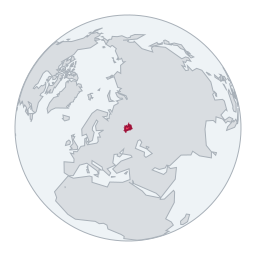 the Earth from above Tatarstan, rotated 324°
{"feature_id": "RUS-2394", "entity_name": "Tatarstan", "entity_type": "Republic", "adm_level": 1, "iso_a3": "RUS", "parent_name": "Russia", "parent_adm1": "", "projection": "orthographic", "projection_center": [50.981, 55.323], "detail": "fine", "context": "on_globe", "style": "filled", "palette": "rose", "viewbox_px": 256, "rotation_deg": 324, "n_neighbors": 0, "source": "natural_earth", "source_scale": "10m", "svg_char_len": 12652}
<svg xmlns="http://www.w3.org/2000/svg" viewBox="0 0 256 256"><g transform="rotate(324 128 128)"><circle cx="128" cy="128" r="113" fill="#eef3f6" stroke="#a8b0b8"/><path d="M113.5,16.3L114.5,16.2L121.1,16.1L122.3,18.7L119.4,18.4L120.0,19.2L123.8,19.7L126.0,19.8L133.2,24.9L145.0,29.2L150.3,29.2L147.9,30.4L158.9,29.7L166.3,32.1L157.0,30.3L155.3,30.9L159.9,32.8L159.1,33.9L160.9,35.5L159.5,36.6L154.2,35.7L153.3,36.5L156.5,37.8L157.3,40.0L152.6,37.8L153.4,41.4L144.7,41.0L133.3,35.1L127.4,36.7L113.1,35.4L113.4,36.8L108.2,37.5L106.6,39.4L104.4,38.9L105.0,41.0L107.4,41.2L108.4,42.2L107.7,43.4L104.8,42.8L104.7,42.1L103.5,42.6L102.3,41.8L102.5,42.9L99.0,42.1L101.3,44.7L97.6,45.7L95.6,44.7L97.3,42.4L96.8,35.0L95.2,33.6L91.4,33.9L81.1,39.1L78.8,38.8L74.7,40.1L75.2,41.2L78.7,40.7L78.7,43.4L83.0,42.7L83.6,43.7L87.4,44.1L85.2,46.7L81.1,49.1L77.8,49.0L75.9,50.1L77.7,52.5L70.4,54.8L63.5,60.7L61.8,61.1L60.8,57.5L64.0,51.5L62.7,47.6L61.9,52.9L57.7,54.2L56.3,55.6L55.6,57.3L56.5,58.0L54.7,59.1L54.8,54.1L56.5,52.9L56.4,54.5L57.9,51.8L58.0,48.7L55.8,49.8L58.1,44.7L56.6,45.5L56.3,44.9L58.5,44.0L54.5,45.7L56.9,41.4L51.5,45.3L58.6,39.6L62.2,36.8L66.2,33.9L65.3,34.5L71.6,30.5L71.9,30.3L79.7,26.2L87.8,22.8L96.2,19.9L104.8,17.8L113.5,16.3ZM49.5,47.4L50.9,46.0L49.7,47.2L49.5,47.4ZM127.2,19.8L123.9,19.6L120.8,18.9L123.6,18.9L127.2,19.8ZM132.9,21.8L131.1,21.8L130.6,20.6L131.8,20.9L132.9,21.8ZM154.2,29.1L151.7,28.2L154.4,28.7L154.2,29.1ZM161.3,35.5L162.3,35.5L162.8,36.3L161.3,35.5ZM88.3,42.7L87.8,43.4L87.4,42.9L88.3,42.7ZM90.4,42.2L90.2,41.3L91.1,40.9L91.3,41.5L90.4,42.2ZM161.2,38.9L161.8,40.4L160.3,38.7L161.2,38.9ZM90.4,43.6L92.9,40.4L94.6,39.9L96.4,41.8L90.4,43.6ZM161.5,41.2L162.8,45.1L165.0,45.3L159.4,47.3L160.1,43.2L158.0,41.0L160.2,41.8L161.5,41.2ZM108.4,40.7L105.9,40.5L108.7,39.6L108.4,40.7ZM109.9,39.8L116.8,35.7L120.2,36.7L117.2,37.8L122.0,38.3L120.3,40.8L117.2,41.1L115.4,39.9L116.1,41.8L109.9,39.8ZM156.1,47.8L155.6,48.7L155.1,47.6L156.1,47.8ZM109.1,42.5L110.2,41.6L113.1,42.3L111.5,44.4L111.0,43.5L109.1,42.5ZM124.2,37.3L126.1,38.3L125.2,40.6L125.8,41.3L120.5,40.9L124.2,37.3ZM110.0,43.9L110.6,45.5L108.5,46.3L108.2,43.6L110.0,43.9ZM114.6,41.6L115.9,42.1L114.7,42.5L114.6,41.6ZM101.5,50.2L102.8,48.9L104.4,49.1L101.5,50.2ZM110.9,46.0L111.6,45.7L112.4,45.7L112.3,46.9L110.9,46.0ZM120.2,42.6L119.5,43.4L122.4,42.9L121.8,44.6L118.4,44.1L119.6,45.1L119.4,45.7L116.8,44.6L120.2,42.6ZM114.6,48.1L110.1,48.2L107.4,50.6L105.8,50.4L110.4,46.7L114.6,48.1ZM116.1,46.1L114.9,47.3L113.6,46.4L113.7,45.1L116.1,46.1ZM122.7,46.1L124.4,43.5L125.1,43.7L122.7,46.1ZM114.1,48.9L115.2,48.9L114.1,49.2L114.1,48.9ZM120.3,47.1L120.8,46.1L121.6,46.4L120.3,47.1ZM117.0,49.7L115.5,49.7L115.5,48.8L117.0,49.7ZM118.7,48.7L119.7,49.3L116.4,48.4L118.8,48.2L118.7,48.7ZM121.0,47.5L121.6,47.4L120.6,47.9L121.0,47.5ZM117.8,53.4L113.7,52.5L113.8,50.4L117.7,51.5L117.8,53.4ZM73.4,226.5L69.4,224.1L59.6,215.0L61.2,213.4L59.8,210.0L52.4,197.9L53.9,194.2L52.2,190.7L48.5,188.5L46.6,184.2L44.4,182.3L31.8,170.8L28.6,162.5L26.6,144.4L29.4,142.3L31.1,136.4L51.4,131.6L54.3,136.5L68.7,144.3L70.2,146.4L67.0,150.8L76.6,163.6L81.5,161.0L91.7,168.8L99.4,170.9L104.9,161.6L92.2,158.0L91.5,152.2L102.9,150.7L114.2,153.9L114.3,151.8L108.4,145.7L112.3,142.4L106.5,143.2L107.9,145.8L104.3,146.5L102.8,144.2L104.3,143.1L101.2,141.2L95.2,147.3L95.9,150.6L87.2,148.8L87.6,154.2L84.8,155.5L83.0,146.8L84.1,144.3L79.8,133.2L77.8,135.6L81.8,146.4L79.9,144.8L77.2,148.4L77.8,144.4L74.0,132.3L67.0,129.6L55.7,134.3L52.1,131.9L50.1,126.7L56.4,117.7L63.9,124.1L66.2,121.3L66.7,114.4L68.9,117.1L70.0,115.1L73.0,117.3L79.1,115.2L82.5,116.8L86.7,111.3L89.0,111.5L85.8,114.6L85.4,117.8L93.9,121.9L96.1,121.3L98.2,117.5L100.3,119.2L101.2,115.0L107.0,115.4L100.7,111.5L103.0,107.2L107.5,105.0L107.2,103.0L99.8,106.5L97.9,108.7L98.1,111.6L91.9,117.1L88.5,116.7L90.7,108.5L86.3,107.3L89.9,101.7L107.5,95.0L113.9,94.9L120.6,103.8L118.0,106.2L114.3,104.2L116.0,110.1L116.7,107.7L118.4,109.2L121.1,105.8L122.4,106.7L122.6,101.9L124.6,102.7L124.4,105.7L129.9,101.6L134.5,102.3L135.1,101.0L134.5,99.3L140.7,101.5L140.8,100.4L138.9,99.2L137.9,96.4L138.7,92.3L140.8,93.2L140.8,94.9L144.0,99.9L143.7,104.2L144.6,104.2L145.4,100.7L141.5,94.5L141.4,91.8L143.6,94.4L142.8,93.2L143.4,92.2L145.9,92.1L143.6,89.2L147.3,77.2L152.6,76.1L154.2,79.6L158.9,72.9L164.5,72.6L162.7,71.5L163.8,67.8L162.0,67.8L161.2,67.0L163.1,58.1L165.2,56.9L163.9,52.2L163.0,51.7L161.4,52.2L159.4,47.3L165.0,45.3L166.9,46.5L169.1,44.6L173.0,47.8L177.3,49.8L180.2,54.7L183.3,56.0L183.9,55.1L188.5,56.4L196.2,62.3L187.6,61.3L175.6,54.1L180.3,57.3L178.6,57.8L179.8,59.7L183.2,62.0L184.0,61.4L185.9,72.0L192.7,81.1L193.9,77.0L197.0,76.9L205.7,84.7L212.2,103.6L216.4,104.4L218.2,106.8L218.0,110.9L215.4,107.6L213.1,108.9L211.6,106.5L210.4,112.3L208.3,109.2L208.4,115.5L210.9,116.7L212.7,112.5L213.7,119.6L218.6,120.1L221.7,124.7L222.1,139.4L218.6,148.0L219.0,149.9L216.3,150.5L214.7,156.5L221.3,160.4L221.8,162.8L218.3,172.0L217.9,170.5L210.8,172.1L210.9,178.6L216.3,178.6L218.2,182.0L214.7,183.9L212.6,181.0L210.1,181.5L209.8,176.3L205.8,170.7L202.1,175.2L201.4,172.0L195.4,168.2L189.6,174.2L181.1,188.1L181.5,196.3L177.9,201.2L169.5,192.6L166.7,184.8L163.1,186.8L155.0,181.1L139.3,183.1L137.6,180.8L134.6,182.2L128.9,179.9L126.5,175.9L122.9,176.1L129.5,186.5L133.4,186.2L137.5,182.1L138.5,185.7L144.0,188.4L136.1,197.2L113.7,203.6L112.4,197.3L100.0,176.3L100.9,174.2L100.9,173.9L100.8,173.4L98.7,176.7L96.9,172.3L102.5,187.3L103.1,192.9L113.3,203.9L112.1,204.7L115.7,206.9L128.2,205.2L128.1,207.2L121.6,215.5L105.1,223.6L107.8,229.4L107.6,233.2L98.4,233.4L100.5,235.7L96.0,235.0L96.5,235.7L93.6,235.2L91.0,234.4L82.0,230.8L73.4,226.5ZM42.8,138.1L41.9,139.7L42.8,138.1ZM125.2,162.3L132.6,162.9L130.9,156.1L133.6,155.8L132.0,153.6L130.7,155.6L127.1,149.6L130.8,147.6L130.8,144.5L128.3,144.2L122.0,148.8L127.1,157.3L124.7,160.0L125.2,162.3ZM33.6,66.6L33.8,66.3L32.3,68.6L33.4,66.9L33.6,66.6ZM48.8,47.9L47.7,49.0L48.8,47.9ZM48.6,48.3L48.9,48.0L49.8,47.2L48.6,48.3ZM57.7,54.5L57.6,54.9L56.5,56.6L56.4,55.9L57.7,54.5ZM55.9,64.3L53.0,66.0L54.9,64.2L54.1,63.4L57.2,58.8L61.1,61.1L58.8,60.8L55.9,64.3ZM62.4,53.6L60.0,56.1L62.5,53.3L62.4,53.6ZM73.1,103.0L73.4,105.3L71.3,107.0L67.1,105.4L70.1,103.0L73.1,103.0ZM74.5,108.2L77.8,100.8L80.6,101.6L78.5,102.4L79.9,103.7L76.9,105.3L76.3,113.6L74.4,115.6L67.6,111.3L70.9,111.5L70.3,109.2L74.5,108.2ZM81.5,82.1L83.0,79.3L87.1,84.6L85.2,86.6L80.9,85.0L80.5,81.8L81.5,82.1ZM93.1,47.8L93.4,46.8L94.3,46.9L94.7,47.9L93.1,47.8ZM102.0,49.6L92.6,52.7L92.5,51.6L87.2,54.9L84.8,53.4L88.3,51.3L82.5,52.7L84.7,50.2L80.8,51.6L88.9,46.9L90.7,44.8L89.6,47.7L91.8,49.1L93.2,49.1L98.7,47.5L103.6,43.9L106.5,44.9L107.2,46.6L106.5,47.6L104.8,46.6L105.1,48.7L102.1,48.0L102.0,49.6ZM114.5,68.1L112.8,66.1L112.8,71.0L109.8,70.0L110.0,70.6L107.3,71.1L104.2,72.9L103.1,72.0L102.4,73.1L100.6,73.5L99.3,74.7L96.8,73.7L95.0,75.1L94.9,73.8L92.4,76.6L93.1,74.1L90.8,74.6L91.3,76.8L81.2,69.2L76.4,68.2L72.0,68.9L73.9,64.8L79.2,61.6L85.8,59.7L90.2,61.3L90.2,59.2L92.3,59.4L91.4,61.0L94.1,58.7L95.5,59.3L101.5,58.2L104.4,54.8L106.6,54.4L106.2,56.0L108.7,54.5L109.5,57.3L111.1,57.2L113.5,59.9L111.7,63.3L113.7,62.8L115.6,65.0L114.5,68.1ZM118.3,54.2L117.0,58.3L114.7,59.8L111.5,54.5L110.0,54.3L107.9,51.1L111.2,49.0L111.5,50.1L112.6,50.6L111.1,51.1L113.1,51.1L113.6,52.7L115.2,53.2L114.3,54.4L118.3,54.2ZM72.9,145.5L74.3,146.6L76.7,147.6L75.0,150.0L72.9,145.5ZM70.2,137.3L71.6,137.8L70.4,141.5L68.9,140.4L70.2,137.3ZM73.3,134.9L71.7,137.5L71.7,135.5L73.3,134.9ZM87.2,114.9L88.8,115.2L88.6,116.2L87.2,117.2L87.2,114.9ZM113.7,83.2L113.1,81.6L113.8,81.2L114.9,77.6L117.1,78.1L117.4,80.6L113.7,83.2ZM102.2,162.8L99.3,164.2L98.4,162.9L99.6,162.7L102.2,162.8ZM86.1,157.5L89.3,160.1L85.6,158.1L86.1,157.5ZM116.3,83.1L116.5,81.6L117.5,82.8L116.3,83.1ZM118.8,78.4L120.2,79.5L117.5,77.8L118.8,78.4ZM127.0,234.2L121.1,238.8L115.7,238.4L114.0,237.1L115.7,234.3L121.8,233.6L124.6,231.9L127.0,234.2ZM231.0,172.9L232.1,170.6L232.0,171.0L231.0,172.9ZM229.9,174.5L231.3,171.8L229.4,175.6L229.9,174.5ZM231.9,170.7L233.4,167.2L234.0,165.5L233.8,166.3L231.9,170.7ZM228.8,176.5L221.9,186.2L218.9,189.2L219.9,187.3L224.7,181.5L228.8,176.5ZM219.6,187.6L214.7,190.1L206.3,187.9L209.4,185.6L217.8,183.8L217.3,185.2L220.3,184.3L219.6,187.6ZM230.5,167.9L230.0,171.3L226.4,176.6L224.7,178.6L223.5,176.7L224.2,173.9L225.7,172.0L230.3,157.5L232.1,156.2L231.0,161.5L232.4,161.7L230.5,167.9ZM182.1,196.8L185.1,199.9L182.9,201.6L182.1,196.8ZM231.2,149.3L230.0,155.7L230.8,148.6L231.2,149.3ZM231.1,143.6L231.6,145.0L230.5,144.9L231.1,143.6ZM219.8,152.2L218.3,154.6L217.8,153.5L219.4,149.8L219.8,152.2ZM224.0,128.6L225.7,132.1L226.0,133.7L224.5,132.6L224.0,128.6ZM135.9,86.8L132.0,91.1L130.6,94.9L132.2,97.9L128.3,95.6L130.4,89.8L135.9,86.8ZM145.6,78.2L144.2,75.8L145.9,75.7L146.5,76.3L145.6,78.2ZM144.0,77.5L140.2,76.7L140.1,74.6L143.1,75.7L144.0,77.5ZM128.2,79.7L126.8,80.9L126.0,79.8L128.2,79.7ZM233.7,166.8L235.6,161.2L236.3,159.0L233.7,166.8ZM239.6,143.5L239.3,145.5L239.1,145.6L239.6,142.2L238.8,145.9L239.8,140.2L239.9,140.7L240.4,135.6L240.4,134.6L239.6,143.5ZM237.1,153.8L237.0,154.8L236.6,155.5L237.1,153.8ZM237.7,151.7L238.6,148.6L237.5,152.7L237.7,151.7ZM233.3,160.6L233.8,161.3L235.3,156.8L234.1,161.0L234.9,161.5L234.4,163.3L233.7,162.6L233.0,166.5L232.3,168.0L232.2,166.1L233.0,161.3L233.8,158.4L236.4,151.5L233.3,160.6ZM237.8,149.7L237.5,148.6L237.7,146.5L238.0,146.5L237.8,149.7ZM236.0,146.5L234.5,146.7L233.6,150.0L234.9,141.6L236.2,142.9L236.0,146.5ZM234.0,143.2L233.2,146.3L233.7,141.9L234.0,143.2ZM232.8,146.0L232.2,144.5L233.0,143.0L232.8,146.0ZM234.5,142.1L233.8,138.6L234.7,139.6L234.5,142.1ZM230.5,141.1L233.2,140.4L230.5,143.9L228.2,138.1L229.2,135.9L230.5,141.1ZM221.9,104.2L220.4,102.9L220.6,100.5L221.6,102.1L221.9,104.2ZM220.1,92.1L220.2,99.5L220.1,105.6L221.2,105.1L223.0,109.2L220.2,108.4L218.8,101.8L219.3,97.7L217.3,94.6L216.5,90.3L213.6,87.7L212.5,85.2L215.3,86.4L220.1,92.1ZM212.3,86.7L206.9,81.1L208.3,78.2L209.8,78.7L211.7,82.5L210.8,83.8L212.3,86.7ZM206.0,79.0L205.1,80.3L195.3,75.9L193.6,74.3L201.8,75.8L201.4,77.1L203.5,78.8L206.0,79.0ZM156.9,49.0L155.7,48.7L156.7,48.3L156.9,49.0ZM160.2,67.1L159.3,66.0L160.5,65.4L160.2,67.1ZM157.4,62.5L156.7,63.9L156.6,62.0L157.4,62.5ZM155.3,67.2L156.0,64.3L156.6,67.7L155.3,67.2Z" fill="#d9dde1" stroke="#a8b0b8" stroke-width="1"/><path d="M130.9,126.8L131.0,126.9L131.3,126.9L131.3,127.0L131.5,127.2L131.6,127.3L131.4,127.5L131.3,127.8L131.2,127.8L131.0,128.0L130.9,128.1L130.7,128.2L130.6,128.3L130.4,128.3L130.5,128.4L130.6,128.5L130.8,128.8L131.0,128.8L130.9,128.9L131.0,129.0L130.9,129.1L131.0,129.1L130.9,129.4L130.8,129.5L130.7,129.7L130.7,129.8L130.8,130.0L130.9,130.5L130.7,130.6L130.7,130.4L130.4,130.4L130.3,130.2L130.4,129.9L130.3,130.0L130.2,130.0L130.0,129.9L129.9,129.9L129.7,129.8L129.7,129.7L129.6,129.8L129.6,129.7L129.4,129.7L129.4,129.8L129.2,129.9L129.2,129.7L129.1,129.8L129.1,129.7L128.8,129.5L128.6,129.3L128.3,129.3L128.2,129.3L128.1,129.5L128.0,129.8L127.9,129.9L127.7,129.8L127.5,130.0L127.4,129.9L127.5,129.9L127.4,129.8L127.4,129.7L127.2,129.7L126.9,129.6L126.7,129.5L126.4,129.5L126.4,129.4L126.3,129.2L126.2,129.0L126.2,128.9L125.9,128.9L125.9,129.0L125.6,129.3L125.3,129.3L125.2,129.3L125.0,129.2L124.9,129.2L125.0,129.1L124.8,129.1L124.7,129.0L124.4,129.3L124.4,129.2L124.2,129.3L123.9,129.5L123.9,129.3L123.8,129.2L123.9,128.9L124.0,128.8L124.0,128.7L124.0,128.8L124.3,128.8L124.4,128.7L124.4,128.9L124.5,128.9L124.4,128.8L124.4,128.7L124.6,128.7L124.6,128.4L124.7,128.2L124.6,127.9L124.5,128.0L124.4,128.0L124.3,127.9L124.5,127.9L124.6,127.7L124.8,127.5L124.8,127.4L124.7,127.4L124.8,127.3L124.8,127.2L124.8,127.3L124.9,127.2L125.1,127.1L125.2,126.9L125.3,126.8L125.3,126.7L125.4,126.8L125.5,126.7L125.7,126.4L125.8,126.3L125.8,126.2L125.9,125.9L126.0,125.9L126.3,125.9L126.3,125.7L126.3,125.8L126.5,125.8L126.5,125.7L126.8,125.8L126.8,125.7L126.9,125.8L127.0,125.8L127.0,125.7L127.0,125.4L127.1,125.5L127.1,125.4L127.3,125.4L127.4,125.5L127.5,125.5L127.4,125.6L127.5,125.7L127.5,125.8L127.6,126.0L127.8,126.0L127.8,125.9L127.9,126.0L128.0,126.3L128.3,126.5L128.4,126.4L128.5,126.4L128.7,126.5L128.5,126.8L128.8,126.8L128.8,126.7L128.9,126.9L129.0,126.8L129.1,126.7L129.2,126.8L129.3,126.9L129.4,126.7L129.5,126.5L129.8,126.6L129.9,126.4L130.0,126.5L130.0,126.4L130.0,126.2L129.9,126.2L129.7,126.2L129.8,126.1L129.9,125.9L130.0,125.9L130.1,125.7L130.3,125.6L130.1,125.9L130.2,126.0L130.2,126.3L130.3,126.2L130.3,126.3L130.5,126.4L130.5,126.5L130.6,126.4L130.5,126.1L130.8,126.1L130.8,126.3L130.7,126.4L130.6,126.6L130.4,126.8L130.5,126.9L130.8,126.8L130.9,126.8ZM124.7,128.6L124.8,128.6L124.7,128.5L124.7,128.6Z" fill="#f43f5e" stroke="#9f1239" stroke-width="1.5"/></g></svg>